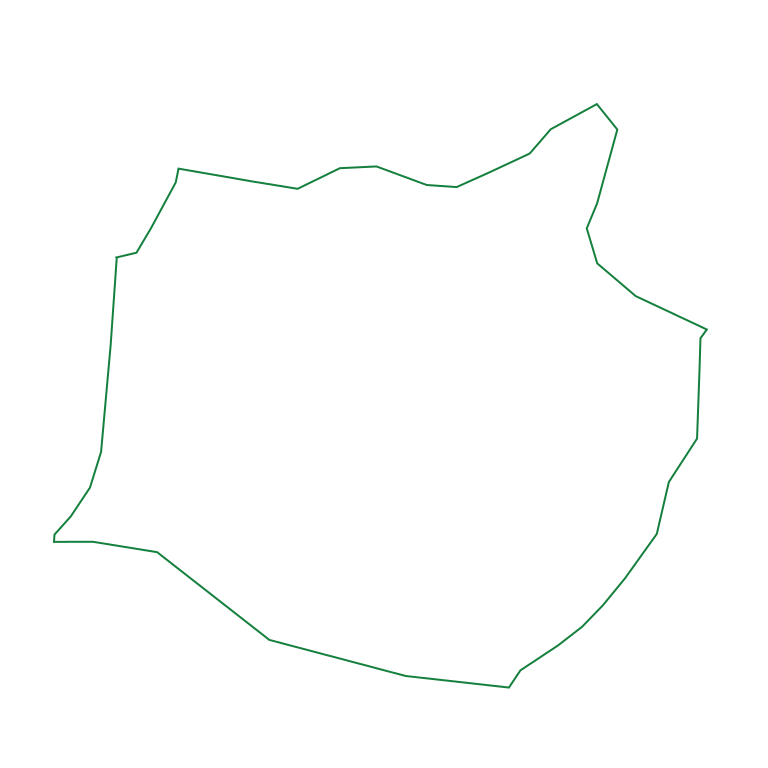 Strängnäs, Södermanland, Sweden, rotated 94°
{"feature_id": "70781695B8890772854641", "entity_name": "Strängnäs", "entity_type": "district", "adm_level": 2, "iso_a3": "SWE", "parent_name": "Sweden", "parent_adm1": "Södermanland", "projection": "mercator", "projection_center": [17.047, 59.38], "detail": "fine", "context": "isolated", "style": "outline", "palette": "green", "viewbox_px": 768, "rotation_deg": 94, "n_neighbors": 0, "source": "geoboundaries", "source_scale": "gbopen_adm2", "svg_char_len": 698}
<svg xmlns="http://www.w3.org/2000/svg" viewBox="0 0 768 768"><g transform="rotate(94 384 384)"><path d="M307.1,65.8L278.8,139.0L248.8,179.7L214.6,192.6L188.9,184.0L113.9,169.0L89.9,191.2L118.2,235.4L143.9,254.7L165.3,293.2L182.5,325.3L182.5,355.3L167.5,406.7L171.8,443.1L195.3,483.8L191.0,530.9L183.5,604.0L197.4,605.8L244.6,627.2L270.3,640.1L276.4,659.7L276.7,659.4L364.5,659.4L471.5,661.5L507.9,670.1L537.9,687.2L557.2,702.2L564.5,702.2L561.7,663.5L567.6,598.5L570.3,594.6L647.3,480.5L673.8,341.8L678.1,238.2L660.1,227.9L632.6,192.1L612.3,169.4L589.6,150.3L561.0,130.0L514.5,101.4L461.9,93.0L416.6,67.9L346.2,70.3L316.3,71.5L307.1,65.8Z" fill="none" stroke="#15803d" stroke-width="2"/></g></svg>